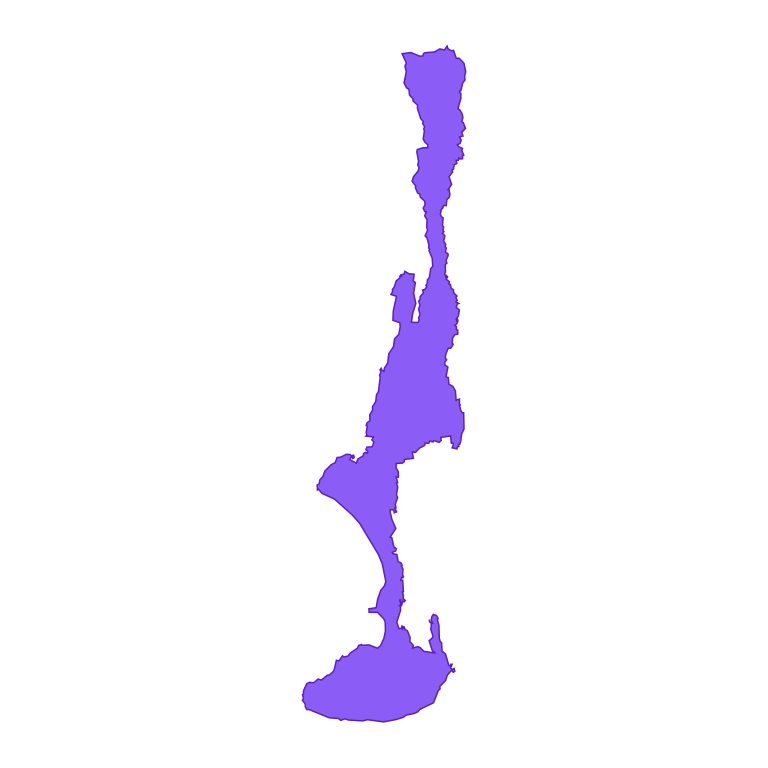 Badung, Bali, Indonesia
{"feature_id": "22746128B76986430159502", "entity_name": "Badung", "entity_type": "district", "adm_level": 2, "iso_a3": "IDN", "parent_name": "Indonesia", "parent_adm1": "Bali", "projection": "robinson", "projection_center": [115.186, -8.545], "detail": "fine", "context": "isolated", "style": "filled", "palette": "violet", "viewbox_px": 768, "rotation_deg": 0, "n_neighbors": 0, "source": "geoboundaries", "source_scale": "gbopen_adm2", "svg_char_len": 6100}
<svg xmlns="http://www.w3.org/2000/svg" viewBox="0 0 768 768"><path d="M465.5,128.4L463.3,122.7L461.8,121.6L462.9,117.7L462.4,114.6L460.3,110.4L458.0,108.6L460.9,98.2L460.8,93.3L459.5,92.3L459.7,91.0L460.8,90.8L462.7,83.1L465.0,80.0L464.6,76.2L465.7,71.8L464.0,63.3L459.1,58.2L456.3,58.3L453.5,50.3L451.4,50.9L448.0,48.8L447.1,46.1L444.4,50.0L439.9,48.9L434.4,52.0L424.9,52.7L423.4,53.7L422.9,56.0L419.6,56.1L410.9,52.5L402.1,53.7L406.3,63.0L404.9,66.3L406.3,71.8L404.0,82.8L406.5,87.8L408.9,89.2L409.5,95.1L413.0,98.7L413.0,101.0L417.4,104.9L417.5,108.7L420.7,118.5L423.2,121.5L422.7,123.5L424.6,126.9L423.7,128.8L424.4,130.9L423.2,138.9L424.8,142.1L427.7,144.7L427.6,147.8L423.0,147.7L417.3,149.6L416.8,151.9L418.6,161.7L417.7,164.8L419.2,168.0L417.8,171.5L413.5,176.6L412.1,181.3L415.7,186.0L415.4,187.8L417.7,193.1L419.7,193.9L420.5,197.4L424.8,201.2L425.0,205.0L423.2,208.1L424.8,211.7L426.2,211.8L424.7,215.9L427.1,219.9L426.7,227.3L427.6,230.1L425.1,235.9L426.9,237.7L428.9,244.8L428.7,248.0L429.7,249.1L429.0,250.6L432.2,258.3L432.7,266.4L430.7,268.8L429.4,277.4L427.4,279.9L427.1,283.8L425.9,285.3L426.7,287.0L424.7,289.5L422.5,290.1L423.4,293.0L420.2,296.5L420.0,299.5L418.6,301.2L420.0,304.8L418.6,309.1L420.0,314.7L418.5,317.9L419.2,319.7L418.1,322.5L411.4,322.3L412.7,313.5L415.8,303.5L413.6,292.9L415.4,282.5L413.3,281.1L414.1,274.2L408.8,273.7L404.8,271.3L404.0,274.2L400.8,274.9L401.5,276.5L399.8,276.3L400.0,277.7L396.2,280.9L394.3,287.0L392.5,289.4L392.4,292.1L390.9,294.5L396.5,296.3L393.3,310.8L392.9,320.3L399.8,322.7L400.2,326.9L398.8,334.4L394.6,338.8L393.4,346.8L388.8,353.7L387.7,363.1L384.3,368.3L384.0,371.3L382.1,370.4L381.1,368.3L380.1,369.6L380.9,372.3L379.6,375.4L380.2,377.2L378.5,391.3L376.5,394.8L375.7,401.6L372.4,406.9L372.6,409.8L369.7,415.1L370.0,420.8L367.2,422.6L366.2,425.6L367.3,426.1L366.2,432.8L367.0,435.1L365.9,436.1L373.5,437.0L371.9,439.9L373.8,441.9L372.7,445.8L371.5,446.9L366.9,447.1L365.9,449.7L367.8,451.3L367.5,453.1L365.3,452.3L363.6,453.5L363.1,455.9L357.7,459.2L356.4,463.2L349.8,459.7L351.0,457.4L352.1,457.1L352.7,458.5L354.2,457.5L353.6,455.2L351.4,455.8L350.3,454.6L346.3,454.3L340.9,457.1L337.1,457.5L335.2,462.7L331.3,464.6L324.8,471.1L322.9,476.6L319.8,479.9L319.2,483.7L317.2,485.0L317.4,489.9L318.4,489.1L322.0,493.4L334.5,499.1L352.2,514.9L359.7,523.4L378.2,554.1L382.3,563.9L385.8,581.5L384.4,585.9L380.7,590.5L377.6,599.4L376.2,607.7L368.9,608.8L369.1,612.3L377.6,612.4L383.8,618.9L385.2,622.0L385.4,631.1L383.9,638.4L380.4,645.9L377.5,648.2L368.9,644.9L362.1,645.3L361.5,644.5L358.7,645.4L357.3,648.3L350.3,653.0L348.1,656.0L343.8,657.0L342.5,655.8L339.1,660.8L336.4,660.3L333.9,670.9L329.2,675.2L327.3,675.2L321.3,680.1L318.1,679.0L313.9,682.7L309.5,682.4L306.7,683.7L303.5,690.8L303.4,694.1L302.5,694.8L303.5,698.4L302.3,700.2L305.2,703.9L305.3,706.9L307.0,709.7L308.7,709.4L329.3,717.8L338.4,718.5L340.8,720.4L344.9,718.8L348.4,720.0L362.5,720.9L367.5,719.7L383.6,721.9L395.8,719.6L403.0,717.4L406.3,715.1L414.0,713.5L417.7,711.9L419.9,709.3L433.5,702.8L438.4,690.4L440.1,688.9L439.7,686.6L445.6,680.6L447.3,675.3L451.4,670.4L453.4,672.3L454.8,671.3L454.2,668.5L452.1,669.7L450.7,667.6L452.1,664.3L450.8,664.3L450.4,665.8L448.8,665.3L445.5,653.9L442.0,651.1L441.6,642.6L440.2,641.6L439.3,638.1L438.9,625.2L437.3,619.4L438.1,618.6L436.6,615.6L433.4,614.3L432.0,616.3L431.2,619.9L432.5,623.2L431.5,623.0L430.8,629.5L433.0,636.0L432.6,637.7L429.1,640.7L432.3,650.7L435.5,653.1L423.8,651.3L420.2,647.6L417.5,646.6L412.6,648.1L413.4,645.5L409.8,641.4L410.1,637.5L407.4,630.7L405.0,629.5L404.4,627.3L402.8,628.9L403.2,626.7L401.9,626.0L401.6,628.2L398.9,628.6L396.8,622.2L400.5,610.5L400.5,605.9L399.6,605.6L401.0,604.4L399.7,600.2L400.0,599.8L401.4,599.8L399.9,600.3L401.8,604.7L402.6,601.2L404.2,601.9L405.3,600.5L403.2,598.8L403.4,595.0L402.3,592.1L403.4,591.7L402.7,580.3L400.8,580.4L401.6,577.4L402.9,577.8L403.5,576.6L402.6,575.0L403.0,569.0L401.4,566.0L402.1,565.5L401.3,563.2L398.1,561.4L396.9,554.5L393.1,553.7L392.3,552.3L395.6,551.0L396.3,548.7L394.0,547.2L391.8,537.7L390.1,537.3L395.8,528.5L391.9,519.4L390.1,511.6L390.4,509.8L391.8,509.7L393.7,509.9L394.2,512.8L396.6,511.9L394.9,508.1L396.0,507.9L395.3,504.1L397.6,497.7L396.5,494.8L397.7,486.8L396.4,482.7L397.6,482.6L396.2,476.8L398.4,477.2L398.3,471.8L396.0,467.6L396.3,463.4L402.4,463.1L404.2,461.7L404.7,459.4L413.4,458.3L412.3,452.1L415.6,452.3L419.1,448.4L424.7,445.4L425.2,443.0L428.7,443.3L429.8,441.0L432.9,442.0L433.4,440.8L434.9,440.9L439.0,442.4L441.2,440.5L440.8,437.4L450.6,436.0L451.3,443.2L453.0,443.0L453.4,444.6L452.1,447.8L456.9,448.9L457.4,446.8L458.9,446.5L458.5,444.7L459.8,444.1L460.8,441.2L461.6,434.0L464.0,429.0L463.7,412.8L462.2,412.7L460.9,410.7L459.5,405.4L460.2,404.9L459.4,404.0L459.5,399.1L456.1,400.2L455.4,390.9L452.8,386.3L448.9,384.2L448.3,377.6L446.0,376.9L447.9,367.0L444.9,364.9L444.8,362.1L446.6,359.7L445.4,358.2L445.7,354.4L448.2,348.2L450.7,348.3L453.2,344.3L452.3,343.0L452.6,337.9L454.9,334.6L457.8,334.1L457.7,330.1L456.4,329.9L456.3,326.5L454.8,325.3L456.7,323.9L458.0,320.9L457.6,319.5L456.6,320.6L456.2,319.1L458.3,316.3L459.4,310.0L456.3,307.4L457.1,304.2L458.8,303.5L455.8,302.0L457.2,300.4L455.9,297.5L457.0,296.0L453.9,293.1L453.3,289.6L451.2,288.5L450.4,284.5L448.9,283.9L449.4,281.7L446.2,279.2L447.6,276.9L446.6,275.7L446.0,277.1L444.6,273.4L445.5,272.0L445.3,264.5L446.9,263.1L446.1,260.3L448.1,255.6L448.0,253.8L445.4,252.0L446.3,248.0L445.2,246.5L445.7,244.3L443.6,240.9L444.9,235.9L442.7,233.3L443.9,231.5L443.0,230.6L443.6,226.9L442.5,225.4L443.1,217.8L441.4,216.7L440.3,213.9L441.1,211.1L440.5,210.4L443.0,207.7L443.3,205.6L446.3,205.6L446.8,199.7L449.0,197.6L449.9,194.8L449.1,189.5L448.1,189.6L451.6,184.5L449.1,176.7L452.6,171.9L452.1,169.9L453.4,169.2L454.3,164.7L456.8,163.5L456.1,160.4L458.3,160.3L458.9,157.9L460.0,159.0L462.6,158.7L462.4,156.2L463.8,155.2L461.7,150.5L462.5,148.4L459.0,146.9L457.3,144.8L460.1,143.4L461.2,140.1L459.5,137.0L463.0,136.0L461.7,132.4L465.5,128.4ZM431.2,623.2L429.7,621.6L429.3,619.6L429.6,621.9L431.2,623.2Z" fill="#8b5cf6" stroke="#5b21b6" stroke-width="1.5"/></svg>